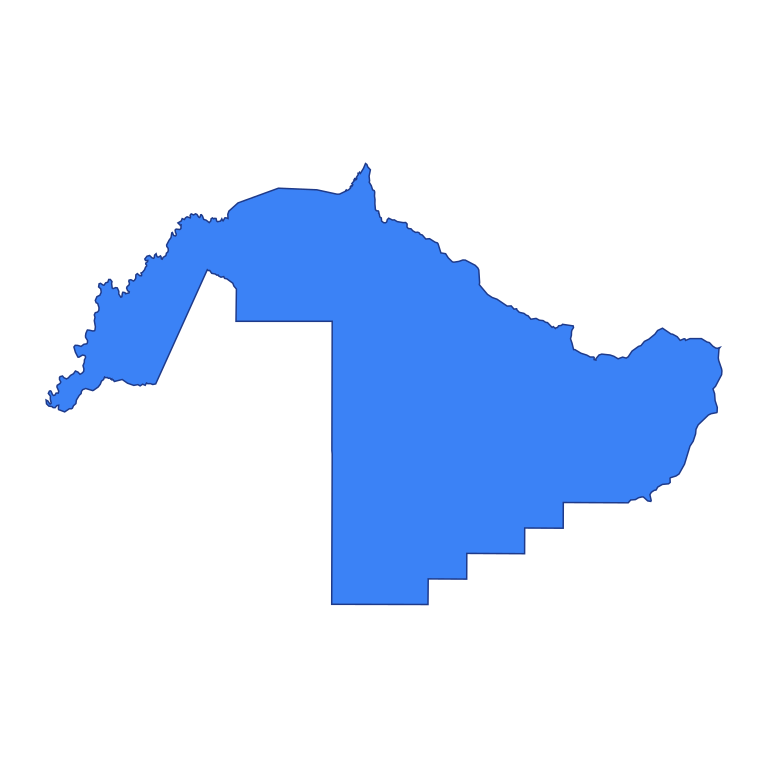 the district of Urumita, La Guajira, Colombia
{"feature_id": "7082276B37330638753990", "entity_name": "Urumita", "entity_type": "district", "adm_level": 2, "iso_a3": "COL", "parent_name": "Colombia", "parent_adm1": "La Guajira", "projection": "equal_earth", "projection_center": [-73.039, 10.495], "detail": "fine", "context": "isolated", "style": "filled", "palette": "blue", "viewbox_px": 768, "rotation_deg": 0, "n_neighbors": 0, "source": "geoboundaries", "source_scale": "gbopen_adm2", "svg_char_len": 6030}
<svg xmlns="http://www.w3.org/2000/svg" viewBox="0 0 768 768"><path d="M628.2,502.8L630.7,500.0L635.4,499.6L638.6,497.7L642.0,496.9L643.4,497.0L647.7,500.9L650.8,501.4L651.2,500.5L649.9,494.7L651.3,492.3L654.1,490.4L656.1,490.0L657.7,487.1L662.4,484.4L668.6,483.8L670.2,482.4L670.0,478.2L670.5,477.7L676.0,476.0L679.0,474.0L684.5,464.2L690.0,446.1L693.2,441.2L695.6,433.9L696.0,429.3L698.2,424.8L708.4,415.0L711.1,413.7L716.8,412.6L717.1,412.1L717.3,407.4L715.1,400.6L714.6,393.7L713.0,388.9L715.5,386.3L721.6,374.7L721.9,371.0L721.6,369.0L718.7,360.5L718.3,357.9L719.0,348.7L719.9,347.5L717.6,348.3L715.6,348.0L712.7,346.1L709.4,342.6L707.0,342.0L701.4,338.6L690.0,338.6L685.6,340.4L684.9,338.8L683.9,338.8L680.2,340.4L677.2,336.7L672.6,334.2L671.0,334.0L662.5,328.2L657.6,330.5L654.9,334.2L648.8,339.2L644.4,341.4L641.0,345.6L638.5,346.4L632.0,351.1L628.2,356.8L626.2,358.1L622.6,357.1L618.1,358.8L613.9,356.3L610.1,355.0L601.8,354.1L599.0,355.0L595.9,358.8L595.9,360.1L594.1,359.6L594.2,357.6L593.7,357.0L590.2,357.0L586.8,355.1L580.9,353.2L574.9,349.6L573.6,349.6L572.0,343.1L570.5,338.8L571.4,335.3L571.5,331.9L571.9,330.2L573.5,327.6L573.2,325.9L562.5,324.3L561.5,325.4L558.6,325.8L557.5,327.5L556.0,327.8L555.4,328.5L553.3,326.6L552.1,327.4L547.5,322.6L545.6,322.3L543.1,320.6L539.4,320.2L536.1,318.4L530.9,319.2L528.0,315.7L526.5,315.3L524.0,313.4L519.3,312.3L517.0,310.0L516.6,308.8L514.0,309.1L511.2,305.9L507.2,306.1L497.0,299.2L492.2,297.5L487.5,294.4L479.3,284.7L479.6,282.5L478.8,270.0L477.8,267.9L475.2,265.3L465.3,260.1L462.8,260.0L458.9,261.4L453.8,262.2L452.3,261.8L448.2,257.8L445.6,253.7L440.9,252.9L438.1,243.9L437.4,242.9L435.1,242.2L429.6,238.7L425.8,239.0L422.3,235.0L420.1,234.3L419.4,233.0L417.8,232.2L415.5,232.4L412.8,230.8L411.0,228.8L408.3,228.5L407.0,227.0L407.1,224.0L405.7,222.5L403.1,222.6L397.2,221.6L394.4,219.9L392.4,220.0L388.7,218.2L387.3,219.6L386.7,221.9L385.6,222.8L383.7,222.7L381.6,221.1L381.3,217.9L379.8,216.9L379.2,213.8L378.6,213.2L378.9,212.3L378.4,211.0L376.4,210.7L375.4,209.5L374.9,203.7L375.0,199.6L374.5,196.1L374.7,192.0L374.2,190.6L372.6,189.8L371.3,185.7L369.2,182.2L369.6,180.8L369.1,176.1L370.4,169.8L367.7,166.8L366.9,164.5L365.5,163.5L363.5,168.3L360.4,173.4L359.5,172.2L358.6,173.5L358.0,173.4L358.2,174.6L356.3,177.5L356.8,178.2L356.5,179.3L356.1,179.6L355.7,178.8L355.1,178.7L355.2,179.3L354.9,179.9L354.5,179.4L354.3,180.6L354.1,180.0L353.8,180.1L354.1,180.9L351.8,183.6L352.8,184.8L351.9,186.2L351.2,185.7L350.2,187.0L350.7,187.6L350.5,188.1L348.6,189.8L346.8,190.6L346.3,189.9L345.7,190.4L345.8,191.1L339.5,194.1L337.1,194.2L316.8,189.8L278.4,188.2L238.0,202.9L228.9,211.1L227.8,214.2L228.0,218.5L225.9,217.8L224.8,217.9L223.2,220.8L222.6,220.6L221.8,218.8L220.5,221.1L217.5,221.7L216.6,220.9L216.1,218.5L214.7,218.3L213.7,218.8L212.4,217.9L211.1,218.8L210.8,220.9L209.2,222.6L206.2,220.2L203.7,219.4L202.5,216.1L201.4,214.7L200.7,214.8L200.1,216.9L199.4,217.5L198.6,217.0L197.0,214.5L195.6,213.8L193.6,214.9L191.2,213.9L190.1,215.3L190.5,217.0L190.2,217.9L187.1,216.8L185.5,217.8L184.4,219.5L182.2,218.6L181.2,221.0L177.9,222.9L178.9,224.0L179.7,224.2L180.2,225.4L181.1,225.0L180.9,228.6L179.8,229.5L176.1,229.1L175.1,230.1L175.5,232.5L176.3,234.0L176.0,235.5L175.3,236.0L173.6,235.4L172.4,232.5L171.8,232.8L171.0,237.6L169.1,240.2L166.6,245.0L166.8,246.5L168.1,248.3L168.3,250.3L167.8,252.0L166.4,253.2L165.9,255.6L163.1,257.4L162.2,259.2L161.3,258.8L161.1,256.9L160.5,255.9L158.5,257.1L157.4,256.9L156.7,255.9L156.1,253.7L154.6,255.1L154.2,257.7L153.6,258.3L152.1,257.9L149.6,255.5L147.0,256.2L144.8,259.0L145.5,260.5L147.8,260.4L147.6,261.6L145.7,263.2L145.8,264.2L146.6,265.0L146.6,266.1L145.5,267.2L144.6,269.7L142.3,272.5L141.0,273.0L141.7,274.9L141.5,275.7L139.8,275.7L137.3,273.6L135.9,274.8L135.7,278.4L134.4,280.4L133.4,281.0L130.9,279.7L129.1,280.1L128.8,281.2L129.4,283.4L129.2,284.7L127.0,286.8L126.6,288.1L127.6,290.7L129.3,291.8L129.0,292.9L125.6,293.7L125.0,292.6L122.9,292.2L122.4,293.1L121.8,296.8L120.8,297.2L118.8,294.1L118.8,291.3L117.3,287.9L115.7,287.6L113.1,288.6L112.2,288.0L111.6,283.5L112.0,281.6L110.4,279.5L108.7,279.5L107.8,282.2L105.7,282.8L104.0,285.2L103.3,285.2L100.5,283.3L99.1,283.8L98.6,286.9L100.7,288.8L101.2,292.2L99.9,295.2L96.9,296.7L95.3,300.4L96.1,302.7L97.7,303.5L99.0,307.7L98.8,310.5L97.5,312.1L95.3,312.7L94.3,314.9L95.0,317.3L94.3,320.7L95.4,326.8L95.0,329.8L94.6,330.7L92.9,331.0L89.4,330.2L87.4,330.0L87.1,330.5L85.9,333.3L85.5,335.8L85.6,337.4L87.5,340.4L87.5,342.5L86.8,343.8L83.8,344.3L81.1,346.4L77.7,345.4L75.2,345.3L73.9,347.0L75.4,352.2L77.9,357.1L78.9,357.2L82.6,355.0L84.7,355.5L85.4,356.3L85.5,357.8L84.4,359.9L84.3,362.4L83.0,365.7L83.9,368.9L83.7,371.4L82.1,373.1L80.0,374.3L78.0,372.1L75.4,371.0L73.5,373.7L70.5,375.4L68.3,377.9L66.5,378.9L63.9,377.7L62.5,376.0L60.1,376.6L59.5,377.5L59.5,379.5L60.8,382.0L60.0,383.5L57.2,385.3L56.9,386.9L58.7,391.1L58.3,393.1L56.1,393.1L54.8,395.2L53.6,395.5L52.5,394.6L51.1,391.3L50.3,390.8L49.4,391.1L48.3,393.4L50.4,396.1L50.3,399.0L51.2,403.1L50.6,404.0L49.9,404.0L47.9,401.0L46.1,400.0L46.5,403.8L48.8,406.1L52.0,406.6L53.1,407.6L55.1,407.7L56.8,405.6L58.7,405.2L58.4,408.5L58.6,409.6L64.7,411.9L69.4,408.7L71.4,408.8L72.4,408.2L73.5,405.7L75.9,403.6L76.4,400.1L79.3,395.3L81.1,393.6L81.4,391.5L82.6,389.7L85.7,388.5L92.7,390.6L93.5,390.3L98.2,387.0L100.3,384.2L101.5,381.1L103.5,379.6L104.6,377.0L105.7,377.7L107.3,377.5L108.3,378.3L109.9,378.1L110.8,379.2L111.8,378.8L111.9,379.9L113.3,379.9L114.3,381.5L122.2,379.5L127.5,383.2L133.8,385.4L137.9,384.6L140.1,385.9L142.6,384.2L145.2,385.3L146.5,383.0L147.8,383.7L150.4,383.6L152.8,384.5L155.7,383.9L207.3,269.7L208.2,270.5L209.7,270.5L211.7,273.3L215.2,274.0L216.9,275.2L218.1,275.0L218.7,276.0L221.0,277.2L223.7,276.6L224.6,278.4L226.8,278.8L232.8,283.2L233.9,286.1L236.4,289.0L236.0,321.3L332.2,321.3L331.9,450.7L332.2,454.0L331.7,604.3L428.0,604.5L428.2,578.9L466.7,579.1L466.8,553.4L524.6,553.7L524.7,528.0L563.2,528.2L563.3,502.5L628.2,502.8Z" fill="#3b82f6" stroke="#1e3a8a" stroke-width="1.5"/></svg>